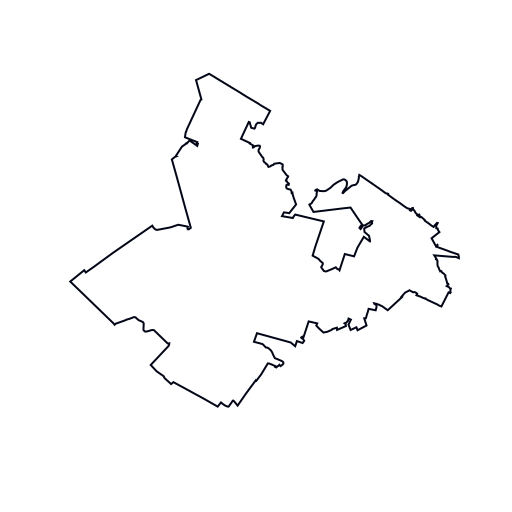 outline of Independenta, Constanta, Romania, rotated 135°
{"feature_id": "2599482B49853349653929", "entity_name": "Independenta", "entity_type": "district", "adm_level": 2, "iso_a3": "ROU", "parent_name": "Romania", "parent_adm1": "Constanta", "projection": "natural_earth1", "projection_center": [28.039, 43.934], "detail": "fine", "context": "isolated", "style": "outline", "palette": "ink", "viewbox_px": 512, "rotation_deg": 135, "n_neighbors": 0, "source": "geoboundaries", "source_scale": "gbopen_adm2", "svg_char_len": 6124}
<svg xmlns="http://www.w3.org/2000/svg" viewBox="0 0 512 512"><g transform="rotate(135 256 256)"><path d="M143.4,348.6L146.3,360.1L146.5,361.6L150.2,376.1L152.7,387.0L153.3,389.2L160.3,418.0L174.0,422.8L183.9,405.3L184.8,405.6L215.7,394.3L217.5,393.2L217.8,393.2L217.9,393.3L218.9,392.7L222.3,390.2L217.0,378.0L218.1,377.6L217.7,376.5L219.7,375.4L221.3,384.7L225.4,384.5L225.5,385.0L227.8,385.1L228.1,385.2L231.1,385.7L242.5,383.3L242.3,383.0L243.4,383.4L247.2,383.8L256.3,367.6L272.4,339.4L282.1,322.1L282.3,322.0L284.6,322.4L285.3,323.1L285.2,323.5L285.0,323.9L284.3,324.4L283.5,324.8L284.0,325.8L288.9,333.1L295.4,336.3L296.8,337.1L307.5,344.4L308.3,345.7L308.5,348.3L307.9,350.8L355.1,359.4L377.7,362.9L388.0,364.7L387.5,367.4L405.4,369.3L404.4,308.8L404.6,307.4L403.0,307.3L393.1,302.6L392.8,302.7L389.4,300.8L385.7,299.2L384.9,298.4L384.6,297.8L384.4,293.8L382.7,289.4L382.8,288.5L383.2,287.6L387.5,283.7L388.0,283.0L387.9,281.2L387.6,280.6L385.7,279.3L382.5,277.6L381.1,276.5L380.6,275.7L380.3,256.7L380.1,256.2L379.1,255.6L380.2,254.7L381.4,254.2L407.5,253.4L407.8,244.7L406.3,236.4L406.5,235.6L407.0,234.3L406.7,228.6L406.6,226.1L406.6,225.5L403.6,225.2L393.5,190.9L389.6,176.6L384.3,177.2L384.1,174.6L383.7,172.6L383.2,171.0L382.6,169.7L382.1,169.0L381.5,168.9L374.8,170.1L374.4,170.0L374.2,168.6L374.8,163.2L359.9,165.9L344.4,168.2L344.6,167.7L344.3,167.5L336.1,168.6L323.6,171.7L323.0,171.0L322.4,170.0L320.2,164.5L320.9,164.2L320.5,162.9L318.8,162.8L317.3,162.4L316.4,162.5L316.5,160.8L314.3,160.4L312.9,160.5L312.1,161.1L311.9,161.5L311.8,161.9L311.9,163.1L313.2,166.5L314.9,170.5L313.5,174.7L312.8,176.1L312.2,178.7L312.4,182.2L312.7,183.1L313.7,184.3L313.6,188.6L313.9,189.5L318.1,196.8L309.9,200.7L292.6,170.3L292.1,164.5L287.2,166.9L284.6,161.5L281.9,161.9L281.6,163.1L281.5,164.1L281.8,166.1L281.7,166.4L280.2,166.2L279.8,165.0L265.0,172.5L260.4,165.1L262.6,164.1L262.7,160.1L262.4,154.2L259.2,152.0L254.9,150.3L253.6,150.3L249.5,148.1L250.9,146.4L242.0,142.9L240.8,144.5L241.0,145.8L240.5,145.7L240.3,145.0L236.7,145.2L234.8,146.3L233.9,143.9L239.1,142.1L241.4,136.8L235.4,134.6L236.7,131.7L227.0,128.7L223.5,135.4L222.3,134.3L219.1,136.1L216.7,137.3L213.7,139.0L209.8,133.0L207.0,134.6L205.5,136.2L205.5,136.6L205.9,137.4L206.1,138.5L205.9,139.0L204.5,136.7L203.6,134.8L202.3,131.2L201.2,124.5L181.9,123.7L182.1,124.3L176.6,124.7L171.7,123.2L170.7,119.7L170.5,119.2L169.8,118.7L169.2,118.0L168.8,116.7L168.7,115.3L170.3,114.8L168.5,111.1L167.4,108.0L166.7,106.8L166.4,106.6L166.2,106.2L166.5,106.0L166.0,104.8L165.8,103.7L161.8,92.8L161.9,92.3L161.6,91.5L160.6,89.2L145.6,94.1L144.9,92.5L144.0,92.7L143.9,93.3L142.7,94.4L141.4,95.1L141.7,95.4L141.8,95.9L141.6,97.1L141.6,98.0L142.2,99.0L142.4,99.8L141.6,99.6L141.3,99.9L139.9,100.0L139.8,100.6L140.2,100.9L140.2,101.4L139.5,102.4L137.2,106.7L136.9,107.6L135.8,108.2L135.7,110.7L136.1,112.8L135.6,114.2L136.1,114.7L136.6,114.9L135.7,117.4L135.0,118.8L134.7,120.3L133.6,121.8L131.1,124.3L130.9,124.6L130.9,125.3L130.5,126.0L130.5,126.3L130.9,126.6L130.2,127.3L129.5,130.4L117.9,116.7L115.4,114.2L114.1,111.0L112.9,112.3L111.9,114.1L115.9,122.1L117.1,124.9L121.6,134.4L121.7,134.6L119.8,135.4L119.8,135.6L121.9,135.4L119.3,144.4L109.4,143.2L109.1,145.3L108.1,147.0L108.9,148.1L107.1,150.0L104.2,150.8L104.5,151.4L108.0,151.3L109.4,150.9L109.9,151.0L110.5,153.9L110.8,156.6L111.7,161.8L111.6,162.0L111.2,162.2L111.5,166.6L112.0,167.8L112.7,167.6L112.9,168.7L112.1,169.2L111.5,169.4L111.3,169.6L111.3,169.9L113.1,169.7L113.3,170.9L112.6,171.4L112.7,173.6L112.0,175.7L111.8,178.1L111.1,179.0L111.6,179.4L112.7,178.4L114.1,178.2L114.3,178.3L114.7,178.9L114.8,179.6L113.7,179.8L113.6,180.0L115.3,182.8L115.9,185.7L116.8,191.4L118.1,198.2L119.3,206.0L118.6,206.4L118.7,207.0L119.6,207.9L120.0,209.2L120.7,214.1L124.9,237.3L125.6,240.3L127.2,239.4L128.0,238.5L130.7,236.8L132.0,236.2L134.1,235.9L134.9,235.9L135.6,236.2L136.7,237.0L138.7,238.1L147.4,239.0L150.0,238.9L150.2,239.2L150.1,239.5L148.1,240.2L143.5,240.8L141.0,242.4L139.8,243.6L139.2,244.4L139.0,245.7L139.1,246.7L139.4,247.7L140.2,248.6L145.5,250.4L147.6,250.9L150.7,251.5L155.2,251.6L157.9,252.1L160.2,252.6L161.0,253.0L161.8,253.5L162.6,254.3L165.0,257.0L165.2,258.0L165.5,258.9L165.5,259.7L166.2,260.2L166.8,260.4L167.7,260.5L167.8,260.4L167.2,259.1L167.2,258.6L167.4,258.3L169.1,257.2L170.2,256.1L171.7,255.4L173.0,255.3L174.9,254.8L176.7,254.7L179.4,254.0L180.4,254.2L181.9,254.7L182.0,254.6L184.2,246.5L159.7,227.3L154.9,223.4L157.3,211.1L158.7,203.2L161.8,203.1L163.0,202.7L163.0,201.1L162.3,201.1L159.3,201.9L157.7,201.2L157.4,200.6L157.0,200.3L155.0,200.2L152.6,199.4L149.8,199.3L149.2,198.4L150.4,198.1L150.5,197.3L150.9,196.9L152.3,197.1L154.5,197.0L155.4,197.5L160.0,199.0L162.3,196.3L161.8,190.4L164.3,186.5L164.8,185.9L165.1,185.8L166.2,193.3L178.3,190.2L186.9,186.4L191.8,194.6L207.1,186.8L207.0,188.2L207.6,189.1L207.7,189.8L207.6,191.6L211.7,193.1L217.2,195.4L217.6,195.7L218.6,197.4L218.6,197.9L218.3,198.9L218.1,201.0L217.7,202.1L216.2,202.4L215.0,202.8L214.3,203.2L213.8,203.8L214.1,208.0L213.8,208.8L214.1,210.8L215.7,216.2L207.6,220.6L183.6,232.5L199.0,257.6L201.5,257.3L203.1,256.8L209.4,265.8L205.4,267.1L203.4,264.5L202.3,262.8L191.2,264.1L188.2,270.5L186.8,273.1L185.6,274.8L186.2,274.9L186.4,275.1L185.6,276.1L185.0,277.1L184.6,278.5L185.2,279.5L185.8,280.3L186.3,281.4L186.4,282.4L186.2,283.0L185.2,284.1L184.3,284.6L183.6,284.4L182.6,283.2L181.6,283.8L181.7,285.9L181.3,287.6L181.6,288.1L181.3,288.4L177.1,289.4L176.9,289.6L177.2,291.5L176.3,298.1L174.5,300.2L174.0,300.2L172.4,301.9L173.4,305.0L177.8,308.3L178.6,308.3L179.4,308.2L180.8,309.0L182.8,309.4L184.2,310.2L183.3,312.8L183.8,313.9L183.5,314.9L183.8,316.5L183.4,318.1L182.3,318.9L181.5,320.2L181.5,322.0L180.4,327.9L179.4,329.0L178.9,329.3L176.9,329.8L175.8,330.6L175.4,331.3L176.2,332.4L178.4,334.0L179.4,334.4L181.1,334.6L181.5,334.9L180.9,335.6L179.8,336.0L180.9,340.0L180.4,340.2L183.8,349.5L166.3,355.9L165.9,355.0L166.8,353.5L168.7,350.1L167.1,347.2L166.0,347.3L163.8,348.6L162.5,349.0L160.4,348.9L159.7,347.9L158.3,346.8L157.8,344.1L143.4,348.6Z" fill="none" stroke="#020617" stroke-width="2"/></g></svg>